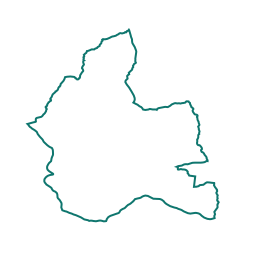 Chunchi, Chimborazo, Ecuador (Equal Earth projection), rotated 98°
{"feature_id": "8360857B64943669996857", "entity_name": "Chunchi", "entity_type": "district", "adm_level": 2, "iso_a3": "ECU", "parent_name": "Ecuador", "parent_adm1": "Chimborazo", "projection": "equal_earth", "projection_center": [-78.931, -2.329], "detail": "fine", "context": "isolated", "style": "outline", "palette": "teal", "viewbox_px": 256, "rotation_deg": 98, "n_neighbors": 0, "source": "geoboundaries", "source_scale": "gbopen_adm2", "svg_char_len": 5799}
<svg xmlns="http://www.w3.org/2000/svg" viewBox="0 0 256 256"><g transform="rotate(98 128 128)"><path d="M30.6,140.8L31.7,141.4L32.0,142.3L32.3,142.6L33.4,143.0L33.4,144.1L34.1,144.5L35.1,146.8L35.2,147.3L35.1,148.4L35.2,149.1L35.9,150.1L36.4,150.4L37.3,151.8L38.3,152.9L39.2,155.0L39.6,156.3L40.5,157.7L41.2,158.6L42.7,161.1L43.4,163.2L43.5,165.2L44.1,165.8L44.7,165.3L45.2,165.4L46.0,166.2L47.9,166.3L49.4,167.5L50.7,167.5L52.2,169.4L53.0,169.7L54.0,171.6L54.9,172.4L55.2,174.9L56.5,177.0L57.6,179.1L57.6,179.4L58.7,179.6L59.4,179.8L60.1,180.6L61.7,181.9L62.1,181.6L63.1,181.3L64.1,182.0L64.6,181.8L64.9,181.4L66.2,181.7L66.7,181.5L67.1,181.0L67.2,181.3L67.6,181.5L68.4,181.6L69.6,181.4L71.1,180.5L71.9,180.7L72.6,181.2L74.4,181.9L74.9,181.7L75.3,181.8L76.1,181.0L76.8,180.6L77.2,180.4L77.7,180.3L78.2,180.5L79.3,181.3L82.2,182.6L83.0,182.7L84.3,182.6L85.3,182.9L85.4,183.3L85.6,183.4L86.1,183.5L86.7,184.0L87.0,185.1L86.2,186.1L86.2,186.7L85.7,187.0L85.6,187.5L85.1,187.9L84.9,188.5L85.0,192.2L85.7,195.4L86.4,197.4L88.6,197.8L90.4,198.5L93.8,200.8L95.5,200.9L95.8,201.2L96.4,201.3L96.9,202.0L97.9,202.5L98.8,202.6L100.0,202.9L101.5,204.1L101.9,204.9L102.6,205.0L104.4,206.6L105.3,207.3L108.1,208.0L108.8,208.4L109.7,208.9L110.0,209.0L110.3,208.9L111.0,208.1L111.7,208.1L112.5,209.2L113.2,209.6L113.7,210.3L114.7,210.6L115.9,211.3L117.1,211.2L117.6,211.5L118.1,212.2L118.7,212.5L119.5,212.1L119.8,211.5L120.3,211.4L120.4,211.2L120.7,211.1L121.5,211.5L122.8,211.5L124.9,212.4L125.8,213.1L126.0,213.2L126.4,213.7L127.4,214.1L128.4,214.8L129.1,215.6L130.6,219.5L131.0,220.1L131.7,220.5L133.4,220.4L134.2,220.1L134.6,220.2L135.0,220.9L135.5,222.3L138.0,228.1L138.9,226.9L139.5,226.5L140.7,225.1L141.1,224.1L141.9,223.0L143.1,220.2L144.4,218.0L144.8,217.6L146.6,216.5L148.9,214.1L151.1,211.3L151.7,210.7L153.2,209.7L153.8,209.0L156.3,205.5L157.6,203.1L158.4,200.6L158.7,200.3L160.2,199.4L161.5,199.1L164.3,198.6L165.3,198.6L167.8,199.3L169.2,199.5L171.2,199.5L171.6,199.6L173.7,201.3L175.2,202.0L176.9,202.6L177.8,202.7L179.1,202.5L180.4,201.9L181.5,200.5L182.1,199.4L183.2,197.0L183.7,195.9L184.0,195.7L184.3,195.7L184.6,196.0L185.3,198.4L185.9,199.7L186.7,201.0L188.4,202.6L190.4,203.6L192.3,203.5L193.6,202.8L194.4,201.8L195.3,201.0L197.4,196.5L198.0,195.5L199.5,194.5L200.6,193.2L201.1,191.4L201.3,190.9L202.5,189.3L203.8,188.7L206.6,188.1L207.3,187.6L208.9,185.6L211.1,183.8L211.7,183.4L213.0,183.1L215.9,183.0L218.6,181.6L219.2,178.7L219.3,177.3L220.2,174.3L220.6,171.8L221.2,169.9L221.6,167.4L223.1,162.0L224.6,158.6L224.9,154.7L225.4,153.5L225.1,152.8L224.8,151.1L224.9,149.1L224.8,146.7L223.7,143.6L223.5,142.6L223.5,141.3L223.8,139.0L223.5,137.6L223.2,136.7L222.1,136.4L221.4,136.4L219.1,135.2L217.9,133.8L217.4,133.1L214.3,127.1L213.9,126.2L213.4,125.4L212.9,124.9L210.8,124.1L210.0,123.3L209.0,122.1L208.1,120.6L207.4,119.8L205.6,118.5L204.1,117.2L203.1,115.7L202.0,114.5L201.3,114.0L200.5,113.1L199.9,112.8L199.4,112.3L197.5,111.2L196.4,108.6L195.7,106.6L195.0,105.4L194.1,104.5L193.3,103.3L192.5,101.5L192.5,98.9L194.5,93.1L194.3,91.0L194.0,87.8L193.9,86.5L194.3,84.7L195.5,82.5L196.7,81.3L197.9,79.4L199.5,75.4L200.3,71.1L200.5,68.7L201.1,66.9L201.5,64.5L201.8,63.4L202.8,61.2L204.0,56.9L204.1,54.4L202.7,49.6L202.6,48.5L202.7,46.7L203.0,45.4L203.6,44.2L204.6,42.9L206.1,40.1L206.9,36.8L206.9,34.2L206.6,32.9L205.2,29.7L203.2,30.3L201.3,29.8L200.8,30.0L199.4,30.7L199.0,30.8L194.3,28.3L193.8,28.3L191.7,28.8L190.9,28.7L190.4,28.3L189.7,28.3L189.0,27.9L188.3,28.3L187.8,29.2L187.2,29.6L186.0,29.7L185.2,29.4L184.1,29.9L183.3,29.9L182.7,30.0L182.2,29.8L181.8,30.1L180.6,31.2L179.8,31.5L178.2,30.9L177.4,31.1L176.9,31.5L176.6,31.4L174.3,33.7L172.7,34.9L171.3,34.8L170.5,35.0L170.6,37.7L170.6,39.9L170.8,42.2L171.6,43.4L173.7,45.4L174.5,48.6L174.7,49.1L175.7,49.9L176.0,50.5L176.4,51.6L176.7,52.3L176.8,53.1L177.1,54.5L166.6,54.7L166.6,60.6L166.6,60.8L164.9,62.0L164.6,62.6L164.3,62.7L163.3,62.7L162.9,62.8L161.8,64.1L161.6,64.6L161.3,65.7L161.3,67.0L161.5,68.2L161.3,69.9L162.0,71.6L162.2,72.5L162.1,72.8L161.5,73.0L160.2,73.1L159.7,73.7L159.6,74.3L158.7,72.8L158.1,70.7L157.7,69.4L156.5,67.8L156.1,66.9L155.8,65.9L155.6,63.8L154.8,62.1L153.5,59.4L153.0,56.8L152.2,51.1L151.7,49.0L151.1,47.3L149.7,45.5L149.7,44.6L148.9,44.7L147.3,45.9L146.5,46.0L145.6,46.5L143.6,48.7L142.9,49.0L142.4,49.5L141.6,50.7L141.5,51.5L141.3,51.8L140.2,52.5L139.7,52.6L138.5,51.8L137.2,52.3L136.0,53.5L135.3,54.4L135.1,54.7L135.2,56.0L134.9,56.6L134.4,57.1L134.1,57.3L133.2,57.6L132.0,57.5L129.7,57.9L128.9,57.4L127.4,57.1L125.7,57.4L124.8,57.3L124.1,56.6L123.2,56.9L121.4,56.7L119.5,57.7L118.7,57.8L116.8,58.7L115.3,57.8L114.7,57.8L113.3,58.6L111.7,59.1L111.0,59.8L110.2,60.2L109.4,60.5L108.3,60.7L107.5,61.3L107.2,61.3L106.5,60.8L105.9,60.9L105.6,61.2L105.3,61.8L105.2,63.6L105.0,64.0L103.1,65.8L102.0,66.4L101.5,66.4L100.1,65.9L99.6,66.1L98.4,68.2L97.8,68.3L97.1,69.0L96.5,69.2L96.0,69.7L94.6,70.1L93.6,71.7L93.3,71.8L93.4,73.6L93.8,74.2L94.6,74.6L94.9,74.9L95.6,76.8L95.8,77.8L96.4,79.3L96.5,79.7L96.4,80.8L96.8,82.6L96.8,84.6L97.1,85.5L98.6,88.0L100.0,89.2L101.7,91.4L101.8,92.0L101.9,94.2L104.0,100.3L104.8,101.5L106.0,102.0L105.8,102.5L105.8,102.9L106.2,106.2L106.1,109.0L106.3,109.5L106.8,110.2L107.7,113.2L107.7,114.2L107.6,115.7L106.4,116.6L105.4,117.9L104.9,119.6L103.6,121.8L103.2,123.2L102.1,126.2L101.3,125.8L100.1,125.4L98.8,125.3L97.4,125.6L95.0,126.8L91.6,129.4L87.7,132.6L85.1,135.3L82.9,137.0L81.8,137.0L81.0,136.7L79.2,135.3L76.7,136.1L75.6,135.4L74.6,134.3L73.2,134.9L69.7,132.1L69.4,132.0L68.3,132.1L67.0,131.3L65.7,131.7L65.2,131.4L63.8,130.9L63.0,130.0L62.7,129.5L62.2,129.3L60.9,130.1L59.1,130.2L58.3,130.4L51.9,130.4L50.9,130.5L49.8,131.0L46.9,132.6L43.4,135.4L42.1,135.9L39.6,136.4L37.1,137.8L36.2,138.1L31.1,140.4L30.6,140.8Z" fill="none" stroke="#0f766e" stroke-width="2"/></g></svg>